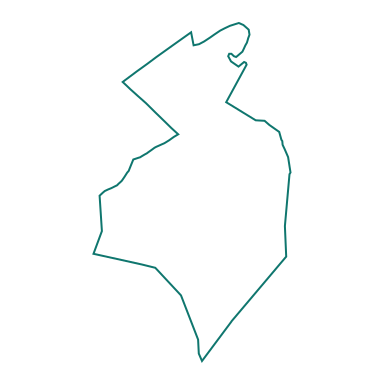 the district of Santiago el Pinar, Chiapas, Mexico
{"feature_id": "50627088B49510256409926", "entity_name": "Santiago el Pinar", "entity_type": "district", "adm_level": 2, "iso_a3": "MEX", "parent_name": "Mexico", "parent_adm1": "Chiapas", "projection": "orthographic", "projection_center": [-92.724, 16.948], "detail": "fine", "context": "isolated", "style": "outline", "palette": "teal", "viewbox_px": 384, "rotation_deg": 0, "n_neighbors": 0, "source": "geoboundaries", "source_scale": "gbopen_adm2", "svg_char_len": 1387}
<svg xmlns="http://www.w3.org/2000/svg" viewBox="0 0 384 384"><path d="M245.9,62.8L244.1,62.0L238.5,66.6L231.0,61.4L228.2,56.2L229.2,53.8L231.4,53.8L233.9,56.2L236.1,57.0L237.0,56.3L242.4,51.7L243.9,48.6L245.3,45.5L246.9,42.7L247.6,40.4L248.2,38.2L249.5,34.7L248.7,29.7L247.6,28.7L244.9,26.3L243.4,25.0L238.8,23.0L230.0,25.8L224.9,28.2L220.2,30.6L214.4,34.5L210.0,37.6L207.1,39.5L203.9,41.6L201.8,42.7L199.0,44.2L193.6,45.3L191.1,32.3L172.8,45.3L162.6,52.6L156.3,57.1L147.5,63.7L141.0,68.4L136.8,71.4L125.3,80.0L122.7,82.0L125.5,84.6L130.3,89.2L138.1,96.2L145.9,103.1L155.4,112.5L165.0,121.8L171.1,127.8L173.5,130.0L178.2,134.3L173.7,137.0L169.1,140.3L165.4,142.6L164.0,143.4L162.1,144.2L158.8,145.7L156.3,146.8L154.6,147.7L151.2,150.2L148.2,152.3L146.9,153.3L144.5,154.6L141.5,156.4L140.1,157.3L138.7,157.7L135.1,158.9L133.3,159.5L131.1,164.9L129.6,168.6L128.7,170.9L127.2,172.6L124.6,176.7L122.7,179.5L121.7,180.9L120.2,182.3L118.4,183.9L117.2,185.2L111.2,188.2L108.0,189.5L105.9,190.5L104.8,191.0L102.8,192.7L99.6,195.7L101.9,231.1L93.5,253.8L141.9,264.5L155.3,267.8L181.0,295.4L198.1,339.6L198.8,353.6L202.0,361.0L231.4,321.6L231.6,321.2L286.2,256.6L284.9,226.1L289.5,174.2L290.5,172.5L288.1,157.1L284.6,149.0L282.6,144.8L282.3,141.1L281.4,139.8L279.2,131.9L269.4,125.0L264.6,120.8L255.7,120.3L226.2,102.2L246.6,64.7L245.9,62.8Z" fill="none" stroke="#0f766e" stroke-width="2"/></svg>